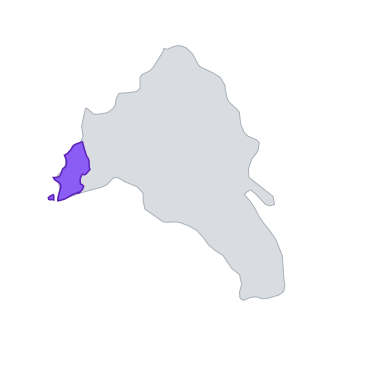 Pedernales on a map of Dominican Republic (Natural Earth projection), rotated 43°
{"feature_id": "DOM-1973", "entity_name": "Pedernales", "entity_type": "Province", "adm_level": 1, "iso_a3": "DOM", "parent_name": "Dominican Republic", "parent_adm1": "", "projection": "natural_earth1", "projection_center": [-71.507, 17.919], "detail": "fine", "context": "in_parent", "style": "filled", "palette": "violet", "viewbox_px": 384, "rotation_deg": 43, "n_neighbors": 0, "source": "natural_earth", "source_scale": "10m", "svg_char_len": 2468}
<svg xmlns="http://www.w3.org/2000/svg" viewBox="0 0 384 384"><g transform="rotate(43 192 192)"><path d="M74.2,252.1L74.5,237.8L76.5,232.0L74.7,225.8L66.5,219.3L61.5,210.9L57.1,203.5L58.1,202.4L67.0,202.1L70.1,199.4L76.0,191.8L77.2,185.6L76.8,181.0L72.9,175.5L71.3,169.6L76.1,164.5L82.4,157.1L83.3,154.3L83.1,151.4L75.8,143.6L75.3,140.3L78.7,131.8L78.4,126.1L75.0,108.6L73.4,106.0L76.7,104.5L78.8,99.3L81.7,94.6L85.4,92.1L89.7,90.5L98.3,90.7L110.0,94.7L113.4,94.7L124.7,91.0L134.1,88.9L142.9,91.3L146.5,94.4L153.8,99.4L157.5,101.0L169.0,100.9L172.2,101.4L181.9,109.6L190.0,113.0L194.8,113.1L203.3,109.9L207.5,110.0L212.3,117.2L213.3,127.3L217.4,136.5L223.6,142.5L254.1,140.0L260.9,144.8L258.5,148.9L254.2,151.0L239.7,150.0L233.4,150.5L232.1,154.5L232.1,158.2L240.6,159.1L248.9,161.0L257.4,164.0L266.1,166.0L275.8,167.4L285.3,169.5L301.3,176.8L319.0,193.4L323.8,197.1L326.9,202.3L325.5,208.7L319.2,219.2L315.6,222.6L310.5,224.6L306.9,228.9L303.5,236.2L301.4,236.8L298.9,236.5L294.7,232.4L291.6,226.0L283.1,220.0L272.9,220.8L258.0,217.3L249.0,219.0L240.0,219.4L230.7,217.6L221.5,216.9L212.2,219.2L203.2,223.0L199.9,225.5L194.1,231.4L191.1,233.6L169.2,236.6L162.9,232.2L157.0,226.3L148.6,225.5L136.4,230.1L128.8,231.8L125.7,233.7L124.8,236.0L124.8,244.4L123.0,249.4L111.1,268.6L104.4,282.1L101.7,286.3L98.5,287.2L92.6,279.5L88.9,276.6L84.2,275.2L82.3,271.1L82.4,265.2L81.2,259.5L78.3,255.1L74.2,252.1Z" fill="#d9dde1" stroke="#a8b0b8" stroke-width="1"/><path d="M73.6,252.1L74.5,249.5L74.7,248.0L74.6,245.5L74.6,244.0L74.5,243.0L73.7,240.5L73.6,239.7L73.8,238.0L74.3,236.4L77.6,230.0L77.8,230.1L83.9,234.0L90.2,237.5L92.9,238.2L95.4,239.4L97.5,241.6L99.7,243.7L102.0,245.2L102.1,248.7L102.2,250.3L102.0,251.9L101.6,252.8L100.9,253.1L100.1,253.5L99.6,254.2L101.2,258.7L104.8,262.1L106.7,261.5L108.9,261.7L110.1,264.7L110.1,268.1L110.1,268.3L110.0,268.2L109.9,268.9L109.8,269.1L109.5,269.4L110.1,269.4L109.8,270.1L109.4,270.7L108.9,271.0L108.3,271.2L108.0,271.5L107.6,273.2L107.3,273.9L106.4,275.3L103.9,283.5L103.1,285.1L100.1,289.9L99.3,289.5L98.7,288.8L98.7,288.5L97.9,287.8L92.9,278.3L91.6,276.8L89.2,275.8L83.3,276.7L80.7,276.0L81.4,275.3L83.8,272.6L84.3,271.5L84.2,269.6L83.9,268.3L82.8,265.8L82.0,264.4L81.8,263.9L81.7,262.9L82.3,259.6L81.7,258.1L80.4,256.4L77.7,253.9L73.6,252.1ZM92.2,295.1L90.9,294.3L90.9,292.4L91.6,290.2L92.4,288.5L93.5,289.1L94.5,290.0L96.4,292.1L95.3,292.5L93.4,294.6L92.2,295.1Z" fill="#8b5cf6" stroke="#5b21b6" stroke-width="1.5"/></g></svg>